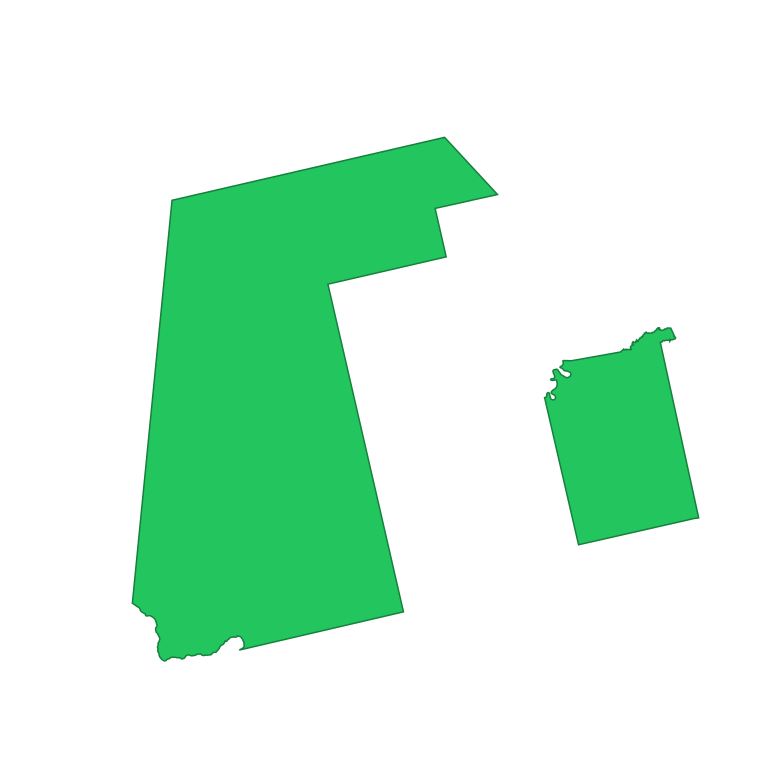 the district of Telefomin District, Sandaun, Papua New Guinea, rotated 77°
{"feature_id": "67681753B11623984799605", "entity_name": "Telefomin District", "entity_type": "district", "adm_level": 2, "iso_a3": "PNG", "parent_name": "Papua New Guinea", "parent_adm1": "Sandaun", "projection": "mercator", "projection_center": [141.969, -4.517], "detail": "fine", "context": "isolated", "style": "filled", "palette": "green", "viewbox_px": 768, "rotation_deg": 77, "n_neighbors": 0, "source": "geoboundaries", "source_scale": "gbopen_adm2", "svg_char_len": 5997}
<svg xmlns="http://www.w3.org/2000/svg" viewBox="0 0 768 768"><g transform="rotate(77 384 384)"><path d="M274.1,294.8L224.4,294.7L224.9,230.8L157.3,269.5L157.3,549.2L541.0,678.5L542.2,677.3L542.5,677.1L542.8,676.8L543.8,675.9L544.1,675.7L544.5,675.2L544.9,675.0L546.2,673.6L546.5,673.4L546.9,673.0L547.8,672.4L549.4,672.4L550.5,672.0L551.4,671.5L552.4,670.6L553.0,669.9L553.6,669.1L554.2,668.4L554.5,668.4L554.9,668.3L555.0,668.4L555.6,668.4L556.0,668.3L556.5,667.7L556.6,667.4L556.8,666.5L556.8,665.0L557.2,664.0L557.7,663.3L559.4,661.5L561.4,660.2L562.5,659.8L564.1,659.8L565.0,659.5L566.0,659.5L566.9,659.6L567.3,659.5L567.7,659.3L568.1,659.3L568.9,659.7L569.4,660.2L570.1,661.1L570.4,661.3L570.9,661.5L572.2,661.8L574.0,661.8L574.4,661.6L574.8,661.7L575.0,661.5L575.2,661.4L575.5,661.1L575.9,660.9L576.5,660.7L577.4,660.6L577.7,660.4L578.0,660.4L578.3,660.3L580.2,659.9L580.5,659.7L582.1,659.8L584.1,660.9L584.8,661.6L585.2,662.1L585.8,662.4L586.8,662.7L587.5,662.7L587.9,662.9L588.8,663.6L589.4,663.9L590.4,663.9L590.5,663.8L591.3,663.8L592.9,664.4L593.3,664.5L593.8,664.5L595.7,664.0L596.2,663.9L597.8,664.1L599.1,663.9L599.5,663.7L599.9,663.8L600.4,663.4L601.0,663.2L602.1,662.6L602.9,662.0L604.1,660.7L604.4,660.2L604.5,659.8L604.5,659.3L604.4,658.6L604.1,658.1L603.7,657.7L603.4,657.2L603.4,656.9L603.4,655.8L603.4,655.3L603.3,654.9L602.6,653.4L602.5,653.1L602.5,652.3L602.6,651.8L602.8,651.3L603.0,650.3L603.0,649.5L603.3,648.8L603.9,647.9L604.0,647.6L604.2,647.0L604.5,646.0L604.5,645.0L604.8,644.5L605.1,644.1L605.7,643.8L606.0,643.5L606.3,643.1L606.4,642.7L606.5,642.0L606.4,641.7L606.4,640.9L606.2,640.2L605.9,639.8L604.8,638.6L604.0,637.3L604.0,637.0L603.9,635.7L604.1,635.4L604.2,634.9L604.5,634.3L605.4,633.1L605.5,632.7L605.8,631.6L605.7,631.4L605.7,630.1L605.9,629.8L605.9,629.1L605.8,628.6L605.5,627.8L605.5,627.5L605.4,627.1L605.4,625.5L605.7,624.3L605.7,623.6L606.0,623.2L606.3,623.0L606.5,622.9L607.1,622.4L607.5,621.9L608.0,620.9L608.1,618.3L608.4,617.4L608.5,617.2L608.6,616.5L608.6,615.6L608.9,614.0L608.9,613.6L608.8,613.3L608.5,612.7L607.9,612.0L607.3,611.0L607.2,609.4L607.5,608.7L607.5,607.8L607.2,607.4L606.8,607.0L605.9,605.6L605.6,605.3L605.2,604.7L604.6,604.1L603.6,603.5L602.8,602.5L602.7,602.3L602.1,601.7L601.8,600.9L601.7,599.9L601.6,599.5L601.4,599.1L601.0,598.5L599.6,597.2L598.7,596.8L599.1,596.1L599.3,595.6L599.3,595.3L599.0,594.7L598.3,594.3L597.9,593.4L597.9,593.0L597.7,592.8L597.7,592.6L597.1,592.0L596.7,591.0L596.5,590.1L596.5,588.7L596.6,587.9L597.1,586.4L597.1,585.8L597.1,585.4L597.4,584.8L597.4,584.7L597.2,584.5L597.2,584.3L597.0,584.0L596.7,583.9L596.5,583.7L596.5,583.0L597.1,582.3L597.8,581.0L597.9,580.9L598.2,580.5L598.8,580.2L601.1,579.2L602.5,579.1L603.5,578.7L604.0,578.6L604.9,578.7L606.1,579.0L607.6,579.1L608.5,579.5L609.0,580.0L609.5,580.8L610.7,584.9L610.4,416.3L490.0,416.2L274.1,416.2L274.1,294.8ZM403.2,90.1L394.1,92.0L393.2,95.2L393.2,95.8L393.5,96.1L393.9,96.7L394.0,97.3L393.6,97.8L393.5,98.1L393.7,98.6L394.0,98.9L394.4,99.7L394.2,100.7L394.1,101.7L393.8,102.4L393.5,102.5L393.2,102.5L393.1,102.8L392.9,103.7L392.6,103.9L392.1,104.0L391.9,103.7L391.7,103.4L391.6,102.9L391.2,103.0L391.0,103.5L391.0,104.1L391.1,104.8L391.5,105.4L392.0,106.1L392.4,106.1L392.6,106.3L392.9,107.3L393.1,107.9L393.5,108.3L393.9,108.7L394.2,109.1L394.1,109.3L394.2,109.8L394.4,110.2L394.1,110.6L394.1,111.1L394.5,111.4L394.6,111.7L394.6,112.1L394.5,112.5L394.3,113.2L394.3,113.5L394.2,113.9L393.8,114.4L393.8,114.6L393.9,115.0L393.9,115.4L393.7,115.9L393.5,116.2L392.6,116.8L392.4,117.0L392.7,117.3L393.2,117.7L393.3,118.0L393.1,118.3L393.0,118.7L393.3,118.7L394.0,119.2L394.5,120.3L394.8,120.7L395.5,121.5L396.2,121.3L396.4,121.7L396.1,122.7L396.6,122.9L396.9,123.5L396.8,124.1L396.9,124.6L397.5,124.7L397.9,125.3L398.7,127.2L399.2,126.9L399.6,126.8L399.5,127.9L398.8,127.9L398.1,128.1L398.7,128.5L399.3,129.3L400.1,129.7L399.7,130.5L399.8,131.5L398.9,131.7L399.1,132.3L400.9,133.3L401.6,132.6L402.1,132.4L402.0,133.1L402.0,133.7L402.7,134.4L402.9,135.3L404.4,135.7L405.5,135.1L406.1,135.7L405.6,136.7L405.3,138.9L404.8,139.5L405.2,140.2L404.6,140.7L405.0,141.4L404.6,142.1L403.9,142.5L404.6,143.1L404.5,143.7L405.0,144.2L405.0,144.9L405.4,145.4L405.9,145.9L406.0,146.5L403.5,196.1L401.5,203.9L401.8,204.6L403.3,204.5L403.9,204.6L405.5,205.4L406.2,206.3L406.7,208.1L406.9,208.6L407.2,208.7L407.5,208.7L408.0,208.3L408.3,207.5L408.8,206.9L409.9,206.3L410.7,205.9L411.3,205.5L411.6,205.2L411.8,204.5L412.3,203.8L412.3,203.3L413.5,201.3L414.7,199.9L416.0,199.6L417.0,199.8L417.8,200.3L418.5,201.3L419.0,202.9L419.0,204.1L418.8,204.8L418.1,205.8L415.8,208.1L415.1,209.0L414.2,209.5L413.1,209.9L412.4,210.3L410.0,211.2L409.0,211.7L408.7,212.0L408.5,212.3L408.4,213.0L408.4,213.9L408.5,214.9L408.4,215.4L408.6,215.7L409.3,216.5L409.5,216.5L411.5,216.5L413.1,216.1L413.8,216.0L415.3,216.0L415.5,216.1L416.2,216.5L416.5,216.8L416.7,217.3L416.9,218.0L416.9,218.5L416.7,219.5L416.7,220.2L416.8,220.3L417.0,220.6L417.7,220.4L418.0,220.1L418.5,218.9L418.6,217.3L418.6,216.3L418.8,215.6L419.2,215.2L419.4,215.1L419.7,215.0L422.9,215.2L424.1,215.6L424.9,216.0L425.6,216.5L426.8,217.7L427.2,218.5L427.4,219.1L427.6,219.5L427.8,220.4L428.2,221.3L428.8,222.2L429.5,222.8L430.0,223.0L430.6,223.0L431.0,222.8L431.6,222.3L432.8,220.9L433.2,220.5L433.7,220.1L434.7,219.8L435.6,219.9L435.9,220.0L436.6,220.3L437.2,220.9L437.6,221.9L437.5,222.9L437.4,223.2L437.1,223.8L436.4,224.5L435.8,224.8L434.6,224.9L433.4,225.0L430.3,224.9L429.8,225.2L429.6,225.4L429.3,225.8L429.4,226.5L429.7,227.1L430.4,227.7L431.7,228.0L432.3,228.3L433.0,228.9L433.3,229.4L433.4,230.1L433.4,230.6L584.4,230.6L584.8,112.0L585.2,109.0L585.2,107.5L405.6,105.4L405.6,103.7L405.3,103.4L404.7,102.5L404.4,102.0L404.8,101.5L405.1,100.8L404.7,99.9L404.7,99.2L405.2,97.9L405.3,96.9L405.5,96.5L405.0,95.6L405.5,95.6L406.1,95.9L406.7,95.9L405.3,94.7L405.7,93.8L405.8,93.0L405.4,90.0L404.8,89.5L404.2,89.6L403.8,90.0L403.2,90.4L403.2,90.1Z" fill="#22c55e" stroke="#15803d" stroke-width="1.5"/></g></svg>